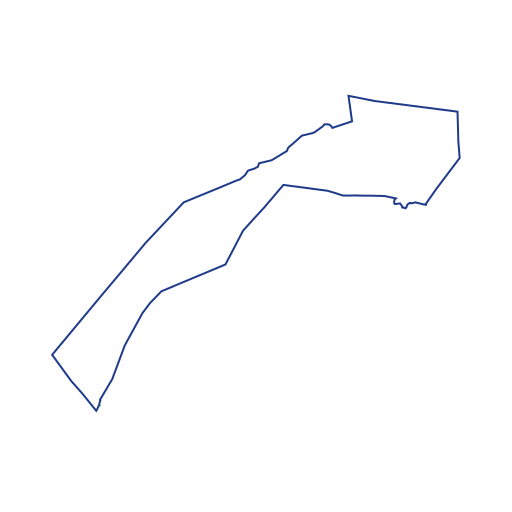 outline of Santiago Ihuitlán Plumas, Oaxaca, Mexico, rotated 284°
{"feature_id": "50627088B36889128097702", "entity_name": "Santiago Ihuitlán Plumas", "entity_type": "district", "adm_level": 2, "iso_a3": "MEX", "parent_name": "Mexico", "parent_adm1": "Oaxaca", "projection": "natural_earth1", "projection_center": [-97.441, 17.88], "detail": "fine", "context": "isolated", "style": "outline", "palette": "blue", "viewbox_px": 512, "rotation_deg": 284, "n_neighbors": 0, "source": "geoboundaries", "source_scale": "gbopen_adm2", "svg_char_len": 1739}
<svg xmlns="http://www.w3.org/2000/svg" viewBox="0 0 512 512"><g transform="rotate(284 256 256)"><path d="M101.8,146.3L137.5,150.3L173.0,159.6L184.8,164.6L198.9,172.8L208.5,185.6L240.4,228.4L277.4,237.3L291.3,244.7L303.2,251.2L306.4,253.0L306.7,253.0L316.2,257.8L325.1,262.1L326.0,262.6L329.2,264.2L329.5,264.4L331.6,265.3L332.4,272.5L332.5,273.5L332.7,275.6L332.9,276.8L336.6,309.6L336.2,318.7L335.8,323.9L335.8,324.5L335.7,325.6L336.1,327.4L337.0,331.1L338.1,335.2L339.1,339.2L339.8,342.5L340.6,345.8L341.0,347.7L341.4,349.1L342.2,352.3L343.0,355.8L343.7,359.2L344.7,363.2L345.0,365.2L345.3,366.2L345.4,368.3L345.4,368.9L345.4,369.1L345.6,374.1L345.7,377.3L345.7,377.8L344.1,376.8L341.2,377.1L340.6,377.4L340.2,377.7L340.0,378.4L340.1,378.7L340.3,379.1L341.5,382.0L341.8,383.1L339.2,386.2L338.8,386.4L338.5,386.3L338.5,386.8L338.7,387.9L338.4,388.6L338.5,389.5L339.7,390.2L340.3,390.1L340.5,390.1L341.4,390.4L342.3,390.4L343.6,391.3L344.4,392.2L344.7,392.4L344.8,393.1L344.6,393.7L345.4,395.5L346.6,397.7L346.6,398.5L346.6,401.2L346.6,406.1L346.8,407.9L346.8,408.2L346.8,408.5L347.0,408.5L347.0,408.4L347.5,408.1L365.6,415.1L400.4,429.9L415.8,424.7L420.9,423.3L426.6,421.7L444.8,416.6L435.1,333.8L433.8,307.0L409.9,316.6L398.8,299.1L400.2,297.6L401.2,295.2L401.0,293.2L400.2,290.4L398.2,289.6L390.3,283.0L388.6,280.5L383.9,271.4L373.4,264.3L370.8,262.3L369.0,261.1L365.3,260.5L352.7,248.0L346.7,236.5L343.2,236.3L340.4,233.3L336.9,227.6L331.8,225.8L326.5,221.9L323.7,217.7L314.5,205.4L290.6,172.9L242.0,145.7L204.2,127.3L179.3,115.1L169.5,110.4L143.6,97.9L110.8,82.1L89.9,107.1L80.4,120.9L67.2,138.4L68.8,138.9L73.0,139.7L73.3,140.2L74.7,139.7L78.2,139.9L78.6,139.4L101.8,146.3Z" fill="none" stroke="#1e3a8a" stroke-width="2"/></g></svg>